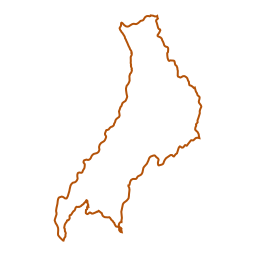 Acará, Pará, Brazil (Robinson projection)
{"feature_id": "56859067B44974097654288", "entity_name": "Acará", "entity_type": "district", "adm_level": 2, "iso_a3": "BRA", "parent_name": "Brazil", "parent_adm1": "Pará", "projection": "robinson", "projection_center": [-48.473, -2.034], "detail": "fine", "context": "isolated", "style": "outline", "palette": "amber", "viewbox_px": 256, "rotation_deg": 0, "n_neighbors": 0, "source": "geoboundaries", "source_scale": "gbopen_adm2", "svg_char_len": 5804}
<svg xmlns="http://www.w3.org/2000/svg" viewBox="0 0 256 256"><path d="M157.2,16.0L156.6,16.4L154.8,16.4L153.1,15.7L150.6,15.4L150.3,16.1L149.5,16.3L148.2,16.0L146.9,16.1L146.4,16.3L145.5,16.9L145.0,17.3L143.4,19.9L142.7,20.4L140.6,20.9L138.5,22.8L137.2,23.7L136.0,24.1L133.7,23.8L132.3,24.1L130.6,25.1L129.1,26.1L128.5,26.4L127.2,26.6L125.9,26.3L124.2,25.1L122.4,23.1L121.6,22.7L121.1,23.1L121.0,25.7L120.4,26.8L119.9,27.4L119.6,28.2L120.1,29.7L120.5,30.4L121.0,31.0L121.5,32.0L122.5,33.1L124.4,36.1L124.8,36.9L125.1,38.4L125.8,39.4L126.4,41.0L127.1,42.4L128.6,46.0L129.6,47.9L130.1,49.3L131.2,50.9L131.5,51.8L131.7,52.5L131.3,53.0L131.8,53.6L131.7,54.9L130.8,56.7L130.7,57.4L130.8,61.1L130.7,63.0L131.1,65.1L130.9,65.7L131.0,66.4L131.9,68.9L131.6,69.4L131.9,70.6L131.3,72.3L130.9,73.0L130.4,73.5L130.0,74.1L129.7,75.3L129.4,76.1L129.6,80.6L129.2,81.9L128.3,83.8L127.2,85.2L126.7,85.8L126.4,86.8L126.0,88.4L126.1,90.6L126.6,94.0L127.2,96.6L127.0,97.5L126.0,100.0L125.4,101.0L123.5,102.2L122.4,103.2L121.4,106.1L120.4,107.2L119.8,109.2L119.3,110.5L119.0,111.4L119.5,114.3L119.6,115.5L119.1,116.9L116.6,118.8L115.8,119.8L115.4,120.6L115.3,121.4L114.8,122.6L114.1,123.8L114.0,124.5L113.6,125.5L112.4,126.5L111.3,126.8L110.8,127.1L109.8,127.9L108.7,129.4L107.6,129.9L106.4,130.1L106.1,130.5L105.0,133.4L105.0,134.2L105.3,135.1L105.8,135.8L106.1,136.5L106.1,137.1L105.7,138.3L104.9,140.1L104.0,141.2L101.2,142.9L100.4,143.8L99.7,144.8L99.3,146.1L99.1,146.8L99.1,147.6L99.4,149.6L99.1,150.7L98.5,151.9L98.1,152.3L96.9,153.1L93.9,153.9L92.7,154.7L91.9,155.7L91.3,156.7L90.9,157.8L90.1,159.0L89.2,159.6L88.6,159.9L87.5,159.9L86.4,159.6L84.2,160.3L83.8,160.8L83.5,161.9L83.6,162.6L84.7,164.1L84.8,164.7L84.6,167.0L84.3,168.3L83.0,170.4L82.3,172.2L81.7,172.7L81.1,172.8L79.3,172.5L78.3,172.8L77.8,173.2L77.4,174.4L77.3,175.0L77.3,176.3L77.6,178.3L77.5,179.1L76.9,180.3L76.2,181.3L75.7,181.7L74.8,182.3L72.9,182.7L71.7,183.7L71.4,184.2L70.6,185.4L70.4,186.1L69.8,188.6L69.3,191.2L67.8,196.2L66.7,198.3L66.2,198.5L65.1,198.4L63.3,197.1L62.2,196.7L61.7,196.6L59.2,197.4L58.6,198.0L58.1,199.1L57.8,200.5L57.4,203.9L56.5,207.9L56.1,210.5L56.2,211.9L56.4,212.4L56.5,213.0L56.5,214.4L54.9,219.3L54.7,220.5L55.7,223.2L57.1,225.4L57.9,227.4L58.1,228.1L58.2,230.1L58.0,233.8L58.1,235.0L58.8,236.1L60.1,237.7L63.0,240.5L63.5,240.6L64.3,238.1L65.4,236.6L65.5,234.5L65.8,233.2L65.4,232.0L65.0,231.5L64.7,228.6L64.3,228.1L64.2,227.6L64.6,225.6L64.9,224.4L65.9,222.7L66.6,221.8L66.9,221.2L67.0,220.6L67.4,220.2L68.4,220.2L69.2,219.3L69.5,218.7L69.7,218.1L69.5,216.7L69.6,215.9L70.0,215.2L71.1,214.8L72.4,212.7L73.4,211.3L74.4,210.6L75.1,209.5L75.4,208.2L76.0,207.3L76.5,206.8L78.1,207.0L78.6,206.8L79.3,206.9L80.9,206.1L81.4,205.7L81.7,205.2L82.4,204.9L82.8,204.4L83.4,204.2L84.1,203.1L85.0,202.2L85.5,202.2L85.6,201.6L86.1,200.5L86.6,200.2L87.3,200.8L87.5,202.0L87.4,202.8L88.3,205.1L87.8,205.6L88.4,206.9L87.1,207.1L87.0,207.7L87.4,208.5L87.1,209.2L86.0,209.9L85.8,212.7L85.9,213.2L87.2,214.1L87.7,214.0L88.7,213.4L89.4,212.6L90.1,212.5L90.6,212.9L91.1,213.0L91.6,213.5L92.8,213.6L96.0,212.3L96.5,211.8L97.6,211.8L98.5,210.8L99.0,211.0L99.8,211.8L100.4,212.1L101.2,212.9L101.7,213.1L102.6,215.6L103.4,216.4L104.6,217.1L105.2,217.2L108.1,217.4L109.2,217.2L110.0,217.8L111.4,219.9L113.0,221.3L113.2,221.9L113.7,222.5L114.2,222.8L114.6,224.1L115.8,226.2L116.3,226.6L117.5,226.7L118.3,227.0L118.8,227.4L119.3,228.6L119.1,229.9L119.8,231.1L120.6,231.9L121.8,232.2L121.2,229.4L121.5,228.8L121.0,228.0L119.8,227.3L119.4,226.9L118.8,225.8L118.8,225.1L119.1,223.7L119.8,222.7L120.4,222.2L121.0,222.0L121.5,222.1L121.6,221.1L121.4,220.3L121.7,219.4L121.9,217.9L121.3,211.8L122.9,204.2L123.8,202.8L126.7,200.6L128.3,198.7L128.6,198.1L128.9,196.0L129.0,194.3L129.5,189.7L129.2,187.6L128.4,186.2L128.4,185.4L128.9,185.3L129.5,184.8L130.1,182.1L130.6,180.9L131.2,179.9L132.2,179.3L132.9,179.0L133.6,178.9L135.1,179.0L136.2,178.8L136.6,178.4L137.5,176.8L138.0,176.3L140.6,175.0L141.5,174.2L142.2,173.0L142.5,172.2L143.4,167.9L144.1,166.8L146.9,163.7L148.4,160.5L149.1,158.4L149.8,157.3L150.8,156.5L153.2,155.6L154.4,155.4L155.1,155.7L156.0,156.8L158.0,158.5L158.5,159.3L158.6,159.9L158.2,161.1L157.9,162.9L158.0,164.2L158.4,165.2L158.9,165.4L161.8,164.6L163.0,163.9L163.3,163.5L164.1,161.3L164.7,160.1L165.8,158.5L166.3,158.0L170.5,155.1L171.1,155.0L172.3,155.2L173.0,156.1L173.5,156.4L174.0,156.4L175.6,154.3L177.0,153.3L178.6,148.1L179.3,146.9L179.9,146.4L180.7,146.8L181.8,147.6L182.4,147.6L183.1,147.4L183.9,146.6L184.8,145.3L185.3,145.1L186.6,145.7L187.2,145.4L187.5,144.7L190.9,140.4L191.5,140.2L192.7,140.4L193.4,140.3L195.5,138.3L196.2,137.9L197.7,137.7L199.4,138.1L198.9,136.0L198.7,134.3L197.9,132.6L197.4,131.8L196.6,131.2L195.2,129.7L195.2,128.9L195.3,128.0L195.5,127.2L196.2,125.8L196.0,124.3L197.6,122.4L197.5,120.4L197.8,119.5L198.4,117.9L199.8,113.3L199.7,111.1L200.3,109.0L201.3,106.8L201.2,106.2L200.9,105.3L199.0,102.7L198.8,101.4L199.5,98.8L199.6,97.2L199.1,96.5L197.6,95.3L196.9,93.1L196.5,92.6L195.8,91.3L194.8,87.6L194.0,88.1L193.5,87.7L193.1,87.1L192.6,86.8L191.5,85.9L190.7,85.6L189.5,85.2L189.1,83.9L188.8,81.6L188.1,80.7L187.3,78.3L186.8,77.7L186.3,77.2L184.7,76.2L184.0,76.1L183.0,76.2L180.6,77.5L180.0,77.4L178.0,76.5L177.7,75.7L177.8,71.3L177.8,70.7L177.5,69.7L177.3,67.8L176.6,66.0L175.2,64.7L174.5,61.4L174.0,60.8L173.4,60.6L170.3,60.4L169.3,60.9L168.8,60.7L168.3,60.0L167.6,58.0L167.3,55.7L167.2,53.2L168.0,52.0L168.2,49.3L168.1,48.1L167.7,47.4L167.2,47.0L165.5,46.5L164.6,45.8L164.0,44.7L163.9,44.0L163.2,42.1L162.1,40.0L162.0,39.4L161.6,38.5L160.6,37.5L159.8,37.1L158.1,36.4L157.6,35.9L157.6,35.1L159.4,32.4L160.3,30.3L160.1,29.5L159.5,29.3L158.8,28.9L158.1,27.8L156.9,23.3L156.1,21.1L156.2,20.2L156.9,19.4L157.4,19.2L157.9,18.5L157.5,17.7L157.2,16.0Z" fill="none" stroke="#b45309" stroke-width="2"/></svg>